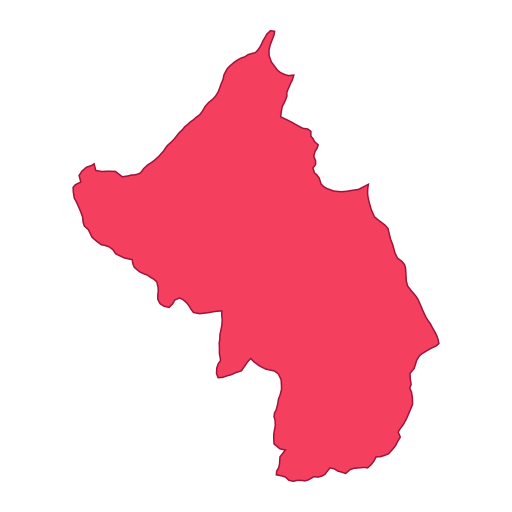 Pederneiras, São Paulo, Brazil (Albers equal-area conic projection)
{"feature_id": "56859067B46538845072755", "entity_name": "Pederneiras", "entity_type": "district", "adm_level": 2, "iso_a3": "BRA", "parent_name": "Brazil", "parent_adm1": "São Paulo", "projection": "albers", "projection_center": [-48.87, -22.29], "detail": "fine", "context": "isolated", "style": "filled", "palette": "rose", "viewbox_px": 512, "rotation_deg": 0, "n_neighbors": 0, "source": "geoboundaries", "source_scale": "gbopen_adm2", "svg_char_len": 3777}
<svg xmlns="http://www.w3.org/2000/svg" viewBox="0 0 512 512"><path d="M276.3,474.8L281.9,475.9L285.6,477.2L288.8,480.2L293.2,481.3L297.6,480.3L301.8,480.4L304.8,480.9L308.1,480.0L311.2,478.3L313.9,476.7L318.2,477.1L322.2,475.9L324.9,474.4L327.0,471.6L330.0,467.9L334.4,468.9L337.8,471.1L341.9,472.2L345.6,473.5L350.2,469.5L354.1,468.3L359.5,467.8L364.5,467.4L367.6,467.9L371.4,464.4L374.0,460.9L376.1,456.9L380.3,456.7L384.0,455.6L388.3,453.9L390.9,451.2L393.3,448.5L395.8,445.2L397.7,441.4L400.3,437.1L398.2,432.2L399.8,429.2L403.4,424.4L406.5,418.7L409.9,410.9L412.6,404.2L412.4,398.0L411.5,392.0L409.7,388.2L411.1,384.6L410.3,378.9L410.0,373.4L414.2,368.4L415.9,362.8L416.9,359.8L419.4,355.9L421.8,353.8L426.0,351.2L430.7,348.5L436.5,345.7L438.9,343.5L438.1,339.6L437.0,336.3L435.3,332.7L432.5,327.8L430.4,323.8L428.3,320.9L426.0,317.4L424.6,314.4L422.4,309.6L420.5,305.0L418.0,299.4L415.9,296.2L412.0,291.6L407.6,286.0L406.3,280.9L405.6,268.6L404.6,264.7L401.8,261.3L397.4,258.0L395.0,253.0L394.0,249.4L392.7,244.6L390.6,239.3L389.3,234.0L388.0,228.5L385.1,225.2L377.5,219.4L374.4,216.7L371.2,209.5L368.8,200.9L367.8,195.8L367.6,192.1L367.8,188.0L368.4,184.3L358.6,189.4L351.1,190.5L347.5,191.2L341.5,191.7L338.4,191.5L334.0,191.1L326.8,188.5L323.3,186.3L321.0,183.9L319.3,178.3L316.9,174.9L314.5,172.9L312.9,168.1L315.6,164.4L315.6,160.9L313.8,156.3L315.0,151.5L317.1,148.2L318.2,144.9L314.6,141.7L313.0,138.6L310.9,136.2L310.9,131.4L307.8,129.0L302.8,128.3L298.8,126.2L295.8,124.6L292.5,122.6L286.9,119.8L280.7,116.8L281.2,112.3L282.2,106.6L284.1,103.1L285.6,99.7L286.9,96.1L286.8,92.4L288.5,88.2L290.5,83.6L292.4,79.8L293.8,75.1L288.5,75.6L284.9,74.6L280.5,72.6L277.4,70.1L271.4,62.0L269.1,55.7L269.0,50.0L270.2,44.9L272.4,39.2L274.0,35.1L274.6,31.3L270.4,30.7L266.9,34.0L265.0,37.4L263.0,40.7L261.6,43.9L259.9,47.1L257.7,50.2L255.3,52.7L252.2,53.4L248.1,54.6L244.7,56.9L241.7,57.8L238.2,59.6L234.5,62.0L229.9,65.9L227.3,68.7L225.7,71.4L223.9,75.1L223.0,79.5L221.0,84.2L219.6,88.2L218.1,92.0L215.5,96.2L212.7,99.2L208.6,102.5L205.2,106.4L202.1,111.7L199.5,114.9L195.9,117.5L193.6,119.7L190.5,121.8L187.7,124.4L184.8,126.7L182.6,129.5L179.0,132.9L176.9,135.6L174.2,139.1L170.9,142.4L168.0,144.9L165.7,147.7L163.6,151.0L161.3,153.5L158.6,156.6L155.1,159.7L151.8,162.3L147.8,164.8L143.8,168.5L140.5,172.9L137.5,174.2L134.6,174.9L131.5,175.0L127.6,176.0L122.4,176.8L115.4,171.4L108.3,171.2L102.0,171.5L95.8,170.5L94.1,163.8L91.5,165.5L86.3,167.3L81.9,171.2L79.1,175.5L80.8,182.0L75.4,184.7L73.1,187.4L73.3,192.0L74.3,198.2L75.9,201.0L77.3,203.9L79.4,208.7L80.8,212.0L82.6,217.0L83.1,222.1L84.3,226.0L88.4,229.7L92.1,237.4L97.5,242.0L101.4,244.8L104.6,245.3L109.3,246.9L113.1,249.9L115.6,253.7L119.5,255.7L124.5,258.0L128.5,258.9L132.2,259.6L132.9,263.9L134.2,267.1L136.9,269.6L139.8,271.9L144.3,274.0L147.5,275.1L150.3,277.2L154.1,279.4L156.8,281.9L158.0,286.9L158.3,290.8L157.8,295.0L157.8,299.3L160.1,303.7L163.9,306.2L169.1,307.4L172.5,304.1L174.8,300.0L179.5,298.0L182.5,299.3L186.5,302.6L189.4,306.4L191.4,309.8L193.5,312.5L199.7,313.7L204.8,313.1L209.3,312.5L212.4,311.9L216.5,311.3L221.8,310.9L221.7,314.3L222.2,320.1L221.8,325.5L220.7,331.0L219.9,334.7L219.9,338.6L219.2,343.0L219.4,347.8L219.4,353.5L220.1,357.3L220.6,360.5L218.4,363.5L216.8,367.9L216.5,373.5L218.1,377.7L222.5,377.4L227.8,375.6L231.3,374.7L235.4,372.8L241.4,370.8L247.8,361.6L250.7,358.5L253.8,361.7L256.9,364.0L259.4,365.9L265.7,369.1L274.5,371.0L278.4,374.0L281.1,379.7L281.5,386.1L281.5,389.4L280.1,395.0L278.5,399.0L277.6,404.5L276.2,409.8L274.5,413.0L274.0,416.6L275.0,419.8L275.3,425.4L274.5,429.9L273.8,433.8L273.7,437.4L274.0,443.9L280.0,448.9L285.4,449.9L282.8,453.3L280.0,456.8L279.5,464.0L278.8,467.4L276.7,471.1L276.3,474.8Z" fill="#f43f5e" stroke="#9f1239" stroke-width="1.5"/></svg>